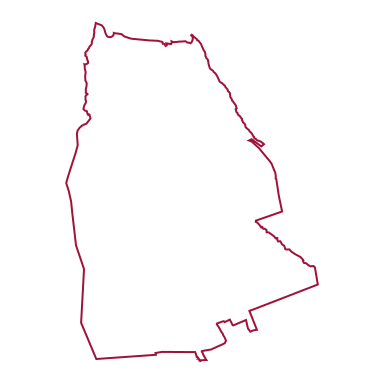 Poiana, Galati, Romania (Mercator projection)
{"feature_id": "2599482B29930611837827", "entity_name": "Poiana", "entity_type": "district", "adm_level": 2, "iso_a3": "ROU", "parent_name": "Romania", "parent_adm1": "Galati", "projection": "mercator", "projection_center": [27.265, 46.007], "detail": "fine", "context": "isolated", "style": "outline", "palette": "rose", "viewbox_px": 384, "rotation_deg": 0, "n_neighbors": 0, "source": "geoboundaries", "source_scale": "gbopen_adm2", "svg_char_len": 4932}
<svg xmlns="http://www.w3.org/2000/svg" viewBox="0 0 384 384"><path d="M96.3,359.0L155.9,354.8L155.5,353.0L156.3,352.9L161.8,351.9L195.2,352.1L195.8,353.8L196.3,355.5L196.7,356.9L197.3,356.8L197.7,357.4L198.1,357.8L198.2,358.1L198.5,358.4L198.2,358.7L198.3,358.7L198.6,358.9L198.9,359.0L199.1,359.6L199.3,360.3L199.8,360.1L199.9,360.5L200.2,361.0L201.9,360.2L202.2,360.3L202.5,360.2L204.5,360.1L206.4,360.0L205.7,358.9L205.3,358.2L204.9,357.4L204.6,357.0L204.4,356.6L204.1,356.0L203.8,355.7L203.6,355.3L203.5,355.0L203.2,354.4L202.8,353.3L202.3,352.5L201.8,351.7L201.8,351.2L202.3,351.0L203.3,350.8L205.1,350.5L206.0,350.3L206.9,350.2L207.4,350.1L208.5,349.9L209.9,349.7L211.2,349.5L213.6,348.3L215.5,347.5L217.2,346.7L218.0,346.3L218.8,346.0L220.2,345.4L222.1,344.5L224.8,343.2L226.0,340.6L224.5,337.2L223.3,335.4L222.9,334.0L222.0,332.7L221.0,331.3L220.0,329.3L218.6,326.9L216.8,324.3L217.1,323.4L222.9,321.4L223.8,321.2L224.7,322.1L229.8,319.6L231.5,322.9L232.3,324.5L232.7,325.1L233.3,325.4L246.0,320.0L247.9,328.3L250.3,331.7L252.2,330.8L253.4,330.4L254.2,330.2L254.8,330.1L255.2,330.0L256.9,329.8L249.4,310.9L254.5,309.0L317.8,284.5L314.9,267.4L313.6,266.1L312.6,266.2L312.1,266.0L310.8,266.4L309.5,265.9L308.7,265.3L305.8,263.1L304.1,263.0L302.8,261.0L303.4,260.2L300.6,257.1L295.0,254.1L290.9,251.3L289.5,249.4L286.3,249.5L285.2,249.0L284.3,245.8L281.9,244.3L280.7,241.7L280.2,241.2L278.2,241.5L277.2,239.6L277.4,238.1L277.0,237.9L276.2,238.4L275.6,238.3L274.1,236.3L273.0,235.5L268.7,232.4L266.6,232.3L266.5,230.0L264.8,228.7L263.3,228.8L262.8,228.2L262.4,227.1L261.9,226.8L261.2,227.4L259.5,225.0L257.4,222.7L255.8,221.9L255.9,220.6L282.1,211.5L278.8,195.7L277.7,188.4L276.3,179.1L275.6,178.4L275.8,176.2L275.2,172.4L274.2,170.2L271.8,164.2L270.4,162.0L259.1,148.3L251.7,141.5L249.0,140.5L251.6,139.2L256.2,142.6L261.3,146.4L264.0,144.2L263.4,143.6L260.5,141.4L258.6,140.8L257.8,140.6L256.9,140.1L256.0,139.1L254.9,138.5L254.1,137.9L254.0,136.9L253.2,136.0L252.9,135.7L252.3,134.2L251.5,133.1L249.5,131.2L248.8,129.8L247.8,129.2L245.6,127.2L245.2,124.7L244.4,123.6L242.9,122.2L242.7,121.2L242.1,120.5L241.9,119.7L242.1,118.9L241.4,118.3L239.6,115.9L237.9,114.6L237.5,112.9L236.6,112.3L236.1,111.2L235.9,110.0L235.6,109.3L236.1,108.7L236.7,108.3L235.7,105.2L232.6,101.0L231.9,100.3L231.8,99.3L231.3,98.3L230.7,97.8L230.2,96.3L230.2,95.3L229.9,94.1L230.1,93.5L229.9,93.1L229.0,92.0L228.0,91.2L227.6,89.5L226.5,88.2L225.4,87.0L224.9,85.7L223.1,84.2L222.0,83.1L220.2,82.2L219.5,81.2L218.8,79.7L217.3,76.4L215.4,73.4L213.6,71.9L212.9,70.6L210.3,68.9L209.5,67.3L208.4,63.2L208.4,61.9L208.0,61.1L208.1,60.3L208.0,60.0L206.2,57.8L205.4,55.9L205.5,54.4L204.9,52.0L204.6,51.6L203.6,50.0L202.0,46.5L201.0,44.0L198.4,40.6L197.2,40.3L196.9,39.2L195.7,38.3L193.2,36.1L192.9,35.6L191.8,34.7L191.5,34.9L191.2,35.3L191.2,35.5L191.8,35.9L192.0,36.1L192.3,36.6L192.5,36.9L192.7,37.4L192.7,38.1L192.8,38.9L192.6,39.5L192.5,40.2L192.0,41.4L191.7,42.0L191.0,42.9L190.5,43.3L189.7,43.0L188.9,42.6L187.1,42.5L186.2,41.7L185.2,41.2L183.8,41.4L182.0,41.5L179.4,41.6L177.7,41.8L176.3,42.0L175.2,42.0L174.2,42.2L172.6,41.9L171.5,41.3L171.6,42.1L171.7,42.8L171.3,43.8L171.1,44.1L168.6,43.7L166.7,43.4L167.2,44.3L167.0,44.8L166.5,45.5L165.6,46.0L165.0,44.8L164.7,44.2L163.6,43.8L162.8,43.8L162.6,43.3L162.6,42.6L162.5,42.3L162.3,42.0L161.9,41.8L161.2,41.6L159.5,41.3L158.5,40.9L157.5,40.8L149.0,40.4L131.2,38.7L124.4,36.5L121.5,34.1L117.2,33.5L115.0,33.3L113.8,32.9L113.8,34.0L113.2,35.5L111.9,36.6L110.4,37.2L108.6,37.1L107.2,36.4L105.9,34.1L105.3,32.5L104.2,28.8L103.3,27.2L101.9,25.5L101.3,25.1L100.7,24.9L100.1,24.7L98.7,24.2L95.8,23.0L95.5,24.6L95.2,26.6L94.8,27.9L94.7,28.2L94.4,29.0L94.2,29.7L94.3,30.3L94.2,31.0L94.2,31.6L94.4,32.6L94.1,33.5L94.0,34.2L94.1,34.6L94.0,34.8L93.9,35.3L93.8,35.7L93.7,35.9L93.9,36.5L93.6,37.4L93.1,38.3L92.5,39.4L92.3,40.7L91.8,42.0L91.9,43.0L91.7,43.8L91.3,44.6L90.5,45.6L89.8,46.3L89.4,46.8L89.2,47.8L88.3,48.7L87.7,49.9L87.4,50.6L86.2,51.5L85.7,52.1L85.4,52.6L85.2,53.1L85.5,53.8L85.7,54.2L85.3,55.0L85.3,55.7L86.6,56.7L86.8,57.7L87.1,58.8L87.3,59.3L87.2,59.7L87.4,60.1L87.6,60.7L88.0,61.2L88.0,61.9L88.1,62.6L88.1,62.9L87.8,63.3L87.3,63.5L86.7,64.0L86.0,64.1L85.4,64.4L84.9,64.5L84.4,64.3L84.5,64.9L84.7,65.6L84.7,67.2L84.8,68.3L84.9,69.2L85.2,70.1L85.5,71.2L85.6,72.6L85.5,74.1L85.2,75.0L85.2,77.0L85.3,79.0L85.4,80.5L86.3,82.4L86.7,83.3L86.6,85.3L86.4,86.8L85.8,89.0L85.9,91.6L85.8,92.8L87.4,93.8L87.5,94.4L86.2,95.1L85.5,96.4L85.5,98.0L85.5,99.5L85.8,100.6L86.0,101.4L85.7,103.0L85.1,104.0L84.6,104.8L84.1,106.1L83.8,107.3L83.4,108.9L84.6,110.4L86.9,111.3L87.7,114.5L88.8,114.3L89.0,115.1L89.6,115.0L89.8,115.7L90.5,118.4L86.4,123.7L83.8,124.7L81.7,125.8L80.5,127.0L79.3,128.1L77.6,130.6L76.9,133.7L77.1,136.8L77.7,145.3L75.7,152.7L68.1,176.3L66.2,183.0L68.8,191.1L71.1,201.5L72.4,214.1L76.0,245.3L84.0,269.0L82.9,290.0L81.1,322.8L88.7,340.9L96.3,359.0Z" fill="none" stroke="#9f1239" stroke-width="2"/></svg>